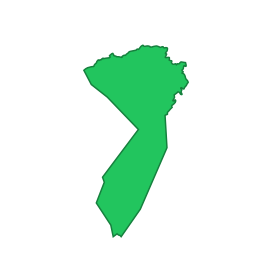 the district of Dolores, Copán, Honduras, rotated 45°
{"feature_id": "27666195B68227571253463", "entity_name": "Dolores", "entity_type": "district", "adm_level": 2, "iso_a3": "HND", "parent_name": "Honduras", "parent_adm1": "Copán", "projection": "robinson", "projection_center": [-88.864, 14.902], "detail": "fine", "context": "isolated", "style": "filled", "palette": "green", "viewbox_px": 256, "rotation_deg": 45, "n_neighbors": 0, "source": "geoboundaries", "source_scale": "gbopen_adm2", "svg_char_len": 4987}
<svg xmlns="http://www.w3.org/2000/svg" viewBox="0 0 256 256"><g transform="rotate(45 128 128)"><path d="M200.0,209.7L194.1,176.7L169.5,114.4L145.3,92.9L145.4,92.4L145.6,91.9L145.7,91.4L146.0,90.9L146.1,90.7L146.1,90.3L146.0,90.2L145.5,89.8L145.2,89.5L144.9,88.9L144.8,88.5L144.8,88.1L144.8,87.4L144.8,86.7L144.6,84.9L144.6,84.0L144.6,83.0L144.6,82.2L144.0,82.0L143.6,81.7L143.4,81.6L143.3,81.4L143.2,81.1L143.1,80.9L143.2,80.3L143.3,79.2L143.4,78.4L143.3,76.9L143.3,76.6L143.2,76.3L142.9,75.6L142.6,75.3L142.5,75.1L142.3,74.9L142.1,74.8L141.9,74.7L141.7,74.7L141.5,74.8L141.4,75.0L141.5,75.5L141.6,75.8L141.5,76.1L141.4,76.3L141.2,76.5L140.8,76.8L140.5,77.0L140.4,77.0L140.2,76.6L140.1,76.2L139.4,73.9L139.2,73.4L138.7,73.0L138.1,72.6L137.3,71.9L137.2,71.8L137.2,71.7L137.4,71.2L137.5,70.4L137.7,69.0L137.8,68.4L137.7,67.8L137.7,67.5L137.8,67.2L138.0,67.0L138.2,66.8L138.3,66.8L139.0,66.6L139.5,66.6L139.8,66.6L140.1,66.6L141.0,66.9L141.4,66.9L141.7,66.8L142.0,66.7L142.3,66.4L142.4,66.2L142.3,65.9L142.1,65.8L141.8,65.7L141.1,65.4L140.4,65.3L140.2,65.2L139.8,64.5L139.2,63.3L139.0,63.1L138.8,62.9L138.5,62.8L138.2,62.7L137.6,62.8L137.4,62.8L137.2,62.6L137.0,62.4L137.0,62.2L137.2,61.8L137.3,61.7L137.6,61.6L138.1,61.6L139.0,61.4L139.3,61.3L139.7,61.1L139.8,61.0L139.9,60.9L139.9,60.7L139.8,60.4L139.5,59.7L139.4,59.5L139.3,59.0L139.3,58.0L139.2,57.1L139.1,56.5L138.8,55.6L138.5,54.8L138.4,53.5L138.3,53.3L138.2,53.1L137.6,52.8L137.3,52.7L136.7,52.5L136.3,52.4L135.5,52.4L135.0,52.4L134.3,52.3L133.9,52.2L133.4,52.0L132.4,51.4L131.8,51.0L131.0,50.7L130.2,50.4L129.9,50.4L129.4,50.3L128.4,50.4L128.2,50.5L127.6,51.0L127.4,51.0L127.3,50.9L127.3,50.7L127.3,50.0L127.3,49.5L127.3,49.3L127.2,49.2L126.7,49.2L126.2,49.3L125.9,49.3L125.5,49.1L125.3,48.9L125.2,48.7L125.2,48.3L125.3,48.0L125.3,47.7L125.2,47.1L125.0,46.7L124.4,46.0L124.0,45.4L123.8,45.0L123.6,44.6L123.7,44.3L123.8,44.1L123.9,43.9L124.1,43.9L124.6,44.0L124.8,43.9L125.1,43.7L125.2,43.4L125.3,43.2L125.1,42.9L124.0,42.0L123.7,41.8L123.0,41.5L122.8,41.4L122.6,41.2L122.9,40.7L121.2,42.0L119.3,43.4L118.9,43.7L118.7,44.0L118.6,45.1L118.7,45.5L118.8,46.0L118.7,46.5L118.3,47.0L118.1,47.2L117.7,47.4L117.6,47.6L117.6,47.8L117.6,48.2L117.6,48.5L117.6,48.8L117.5,49.1L117.3,49.1L117.2,49.1L117.0,48.8L116.9,48.7L116.7,48.7L116.5,48.8L116.2,49.0L116.0,49.3L115.8,49.6L115.6,50.1L115.4,50.5L115.0,50.8L114.6,51.1L114.3,51.2L114.1,51.3L113.7,51.3L113.2,51.2L112.7,51.1L112.4,51.0L112.2,50.8L112.1,50.6L112.0,50.3L111.9,50.0L111.8,49.8L111.7,49.7L111.2,49.7L110.5,50.2L109.8,50.6L109.3,50.9L109.2,50.9L109.0,50.7L108.5,50.0L107.8,49.3L107.6,49.1L107.4,49.0L107.1,49.1L106.8,49.3L105.8,50.5L105.1,51.4L104.9,51.5L104.6,51.7L104.4,51.6L104.2,51.5L104.1,51.1L103.6,49.7L103.3,48.9L103.1,48.5L102.9,48.4L102.7,48.4L102.6,48.5L102.4,48.9L102.2,48.9L101.8,48.8L101.6,48.6L101.5,48.4L101.4,48.2L101.3,47.9L101.3,47.0L101.2,46.4L101.1,45.9L100.9,45.5L100.7,45.1L100.4,44.7L100.0,44.2L99.6,43.8L99.4,43.7L99.2,43.7L98.9,43.7L98.4,44.0L98.0,44.3L97.7,44.7L97.3,45.4L97.0,45.6L96.8,45.8L96.5,45.9L96.2,45.9L95.7,45.8L95.3,45.8L95.1,46.0L94.9,46.1L94.5,46.8L93.9,48.0L93.7,48.3L93.0,48.5L92.5,48.6L91.1,49.3L90.5,49.6L90.3,49.8L89.9,50.2L89.5,50.7L88.4,52.3L88.1,52.8L87.8,53.5L87.7,53.8L87.2,54.3L86.6,55.0L86.4,55.1L86.0,54.9L85.8,54.9L85.4,55.1L85.0,55.3L84.6,55.5L84.2,55.8L83.4,56.6L82.9,57.3L82.3,58.2L81.9,58.6L81.7,58.8L81.4,58.9L81.1,58.9L80.7,58.8L80.2,58.9L80.0,59.0L79.9,59.3L79.7,59.8L79.6,60.3L79.5,60.9L79.5,61.4L79.9,64.6L79.9,64.9L79.8,65.0L79.7,65.1L79.3,65.3L79.1,65.3L78.9,65.5L78.7,65.9L78.6,66.2L78.6,66.6L78.7,67.1L78.6,67.4L75.9,71.5L75.3,72.4L75.1,73.0L75.0,73.4L74.9,73.7L74.9,74.0L75.0,74.4L75.0,74.8L75.0,75.3L74.7,76.9L74.7,77.3L74.8,78.0L74.7,78.5L74.5,78.8L74.1,79.0L73.8,79.3L73.7,79.7L73.5,80.2L73.3,81.0L73.3,81.5L73.3,81.9L73.4,82.0L73.7,82.2L73.7,82.3L73.7,82.5L72.9,83.0L71.9,83.6L70.6,84.6L70.3,84.9L69.7,85.5L69.4,85.7L69.2,85.8L68.8,85.7L68.6,85.8L67.3,86.6L66.7,86.8L66.3,86.5L65.9,86.3L65.5,86.2L64.9,86.1L64.6,86.0L64.3,86.2L64.2,86.4L64.0,87.1L63.9,88.2L63.8,89.5L63.8,89.9L63.9,90.1L64.0,90.1L64.4,90.1L64.5,90.1L64.8,90.2L65.0,90.4L65.2,90.8L65.3,90.9L65.2,91.1L65.1,91.6L64.8,92.0L63.0,94.3L61.8,96.0L61.6,96.2L61.5,96.3L61.4,96.3L61.2,96.2L61.0,96.3L60.9,96.4L60.9,96.6L61.1,96.9L61.1,97.1L61.0,97.3L60.7,97.5L60.6,97.8L60.6,98.1L60.7,98.4L60.7,98.6L60.7,98.8L60.5,99.2L60.1,99.4L60.0,99.6L59.9,99.9L60.0,100.2L60.0,100.3L59.9,100.5L59.7,100.7L59.6,100.8L59.5,100.7L59.3,100.7L59.1,100.7L59.0,100.8L58.9,100.9L58.8,101.2L58.8,101.5L58.8,101.9L58.9,102.4L59.0,103.1L59.5,104.0L59.5,104.3L59.6,104.6L59.6,105.1L59.5,106.2L59.6,107.0L59.7,107.4L59.8,107.7L60.2,108.4L60.2,108.6L60.2,108.8L60.1,109.0L59.3,109.9L59.0,110.3L58.6,110.9L57.2,113.3L56.8,114.0L56.6,114.8L56.3,115.7L56.1,117.0L56.0,118.4L71.3,123.2L91.5,120.8L136.4,121.7L144.8,180.8L149.6,183.1L158.6,203.4L184.5,208.8L194.4,215.3L195.1,210.6L196.9,210.4L198.4,209.6L200.0,209.7Z" fill="#22c55e" stroke="#15803d" stroke-width="1.5"/></g></svg>